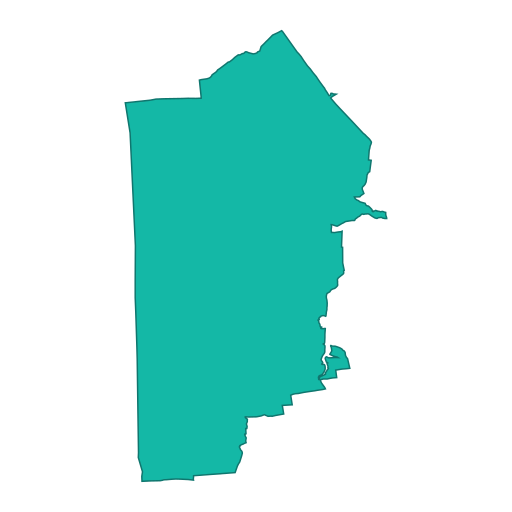 the district of Dragoesti, Vâlcea, Romania
{"feature_id": "2599482B56632768650185", "entity_name": "Dragoesti", "entity_type": "district", "adm_level": 2, "iso_a3": "ROU", "parent_name": "Romania", "parent_adm1": "Vâlcea", "projection": "natural_earth1", "projection_center": [24.313, 44.81], "detail": "fine", "context": "isolated", "style": "filled", "palette": "teal", "viewbox_px": 512, "rotation_deg": 0, "n_neighbors": 0, "source": "geoboundaries", "source_scale": "gbopen_adm2", "svg_char_len": 6017}
<svg xmlns="http://www.w3.org/2000/svg" viewBox="0 0 512 512"><path d="M324.4,345.0L323.2,344.0L323.3,343.8L324.1,343.7L324.3,343.6L324.6,342.7L324.7,342.0L324.9,337.5L324.9,334.2L325.3,328.5L325.1,328.4L323.2,328.7L321.4,328.6L321.0,328.6L320.8,328.4L320.7,327.7L320.8,327.4L322.3,327.2L320.8,326.9L320.3,326.6L320.2,326.4L319.8,324.2L318.9,322.7L318.8,321.7L318.6,320.8L318.0,320.1L318.2,319.9L318.9,319.8L319.2,319.6L319.2,319.1L318.8,318.5L318.8,318.3L320.0,317.0L320.6,316.8L320.8,316.4L321.1,316.0L322.9,315.6L323.4,315.6L324.3,315.7L325.6,316.3L325.8,316.2L326.1,315.0L326.1,314.1L326.3,313.3L326.3,312.2L326.9,309.7L326.9,307.6L327.1,306.2L327.2,303.1L327.1,302.1L326.9,300.1L326.4,298.1L326.3,296.7L326.4,295.5L326.9,293.6L327.1,293.4L329.8,291.8L330.0,291.5L330.6,290.5L331.3,289.8L332.7,289.0L334.1,288.6L334.7,288.4L335.4,287.9L336.3,287.1L337.5,285.7L337.7,285.0L337.5,283.0L337.6,281.8L337.4,280.0L337.6,278.9L338.0,278.3L338.9,277.4L343.4,273.8L343.6,273.4L343.7,272.9L343.6,270.9L343.6,270.7L343.9,270.4L344.2,270.3L342.7,262.9L342.6,247.3L341.5,247.1L342.1,231.2L340.9,231.7L338.0,232.0L335.0,232.5L334.4,232.6L332.3,232.4L331.5,232.5L331.2,230.7L331.2,229.0L331.5,227.3L331.5,226.0L331.2,224.6L332.2,224.7L335.8,225.9L336.7,226.1L337.4,226.1L339.1,225.2L342.1,223.4L343.3,222.9L344.9,221.9L345.8,221.5L352.1,220.5L354.4,220.5L354.8,220.2L355.3,219.1L355.5,218.8L356.4,218.3L357.8,217.1L359.7,216.1L361.1,214.7L362.2,214.0L362.6,214.0L363.3,214.3L363.9,214.3L365.1,214.0L366.0,214.0L367.6,213.8L368.5,213.9L369.5,214.4L371.7,216.0L374.8,217.9L376.6,218.4L377.1,218.4L378.6,217.6L379.8,217.6L380.9,217.4L381.6,217.4L382.4,218.0L383.8,218.3L384.8,218.5L386.7,218.5L386.6,217.5L385.8,215.2L385.7,213.4L385.7,212.4L384.4,212.1L383.2,211.6L382.3,211.4L380.4,211.8L379.7,211.5L379.1,211.3L378.4,211.3L377.7,211.0L377.2,211.3L377.0,211.2L376.9,210.9L376.7,210.8L375.7,210.4L373.9,211.3L373.6,211.6L373.4,211.6L373.4,211.2L373.2,211.0L372.4,211.4L372.2,211.1L372.1,210.1L371.9,209.5L370.1,207.6L368.5,206.1L367.1,205.8L366.4,205.5L365.7,204.6L365.1,203.3L360.1,201.9L358.4,200.6L356.7,199.9L355.1,198.6L354.4,197.0L359.8,196.8L361.0,195.5L363.9,193.5L363.3,191.9L362.3,189.4L362.2,187.8L362.8,186.7L364.1,185.5L365.1,184.2L366.1,182.0L366.8,177.5L367.0,175.1L368.3,172.5L369.7,171.7L371.2,160.3L368.5,159.9L369.2,150.3L369.8,148.1L370.1,146.3L370.3,145.6L371.0,144.0L371.4,142.4L371.4,142.1L370.8,141.0L369.5,139.2L368.9,138.6L366.4,136.2L365.1,134.8L363.0,133.1L352.3,121.6L339.6,108.2L335.8,104.1L330.6,98.0L330.7,97.8L332.5,96.4L336.2,94.2L334.6,94.0L333.9,94.2L333.3,94.0L333.2,93.8L332.3,93.4L331.3,93.3L331.0,93.3L330.8,93.6L330.7,94.4L330.4,95.2L329.8,95.5L329.0,95.6L326.8,92.0L325.2,89.7L324.5,88.1L324.0,87.6L320.1,82.3L317.5,78.5L316.3,76.6L313.0,72.7L310.3,69.0L307.4,65.8L303.3,60.0L301.2,56.7L298.9,53.9L297.0,51.9L282.3,31.2L281.9,31.1L281.6,30.7L277.8,32.7L272.6,35.1L267.6,40.2L266.1,41.6L264.2,43.6L261.6,46.1L261.1,46.7L259.8,51.0L257.5,52.0L257.2,52.7L255.4,53.5L253.2,53.9L248.6,52.7L247.1,52.0L246.3,51.8L245.6,51.8L244.9,52.2L244.2,53.0L243.4,53.5L242.2,53.6L241.6,54.0L240.0,54.9L238.2,54.9L234.9,57.3L232.1,59.9L229.3,62.0L228.3,62.0L225.3,64.4L220.1,68.3L217.6,70.0L216.8,71.2L215.8,72.2L212.1,74.8L211.6,75.9L210.6,77.1L209.4,78.0L206.9,78.8L201.4,79.6L199.4,80.1L201.1,96.5L201.2,98.2L195.9,98.4L187.9,98.3L182.1,98.5L163.9,98.8L156.0,99.1L150.2,100.2L125.3,102.8L130.1,132.9L135.4,245.7L135.2,280.5L135.2,297.7L135.8,312.8L136.9,347.4L137.2,358.9L138.5,452.8L138.3,457.5L142.5,471.8L141.8,476.4L142.0,481.3L150.4,480.9L160.2,480.7L162.3,480.3L163.8,479.8L166.3,479.7L172.2,479.2L175.8,479.0L179.7,479.1L188.1,479.5L193.5,480.1L193.3,479.0L193.5,477.6L193.6,475.7L235.1,472.6L237.7,465.2L237.9,465.1L238.4,464.0L239.7,462.0L241.6,456.0L242.3,453.3L242.2,452.3L241.9,451.4L241.7,451.1L240.6,449.9L240.3,449.1L239.6,447.6L239.4,447.1L239.4,446.7L239.7,446.1L239.7,445.8L239.8,445.6L240.0,445.6L240.2,445.8L240.4,445.8L240.8,445.0L241.1,444.8L243.1,444.1L244.3,443.4L246.1,442.7L245.8,441.5L245.7,440.8L246.2,437.9L245.4,436.4L244.9,435.1L244.7,434.2L245.0,434.0L245.7,434.1L246.0,433.7L245.7,428.5L246.0,428.4L246.7,428.6L246.9,428.3L247.1,426.4L246.5,424.3L246.5,423.7L246.6,423.3L247.3,421.7L247.3,420.2L247.4,419.3L247.3,419.1L246.5,418.6L245.5,417.8L245.2,417.2L245.2,416.9L245.7,416.8L248.2,417.0L256.6,416.8L261.2,415.9L264.3,414.7L267.4,416.0L268.0,416.3L271.3,416.1L272.0,416.3L275.4,415.5L283.7,414.0L282.3,405.4L292.2,404.8L290.7,395.2L293.1,394.2L295.4,393.7L298.2,393.5L304.2,392.3L311.6,391.2L314.6,390.8L317.3,390.3L322.7,389.5L325.4,388.9L324.8,387.6L321.5,383.0L320.1,379.9L323.3,379.0L327.1,379.0L330.3,378.3L332.8,377.9L336.7,377.6L335.7,370.1L341.8,369.1L346.6,368.7L349.8,368.3L347.6,358.8L347.5,358.6L347.2,358.1L346.4,357.5L346.1,356.6L345.5,355.5L345.1,352.4L344.9,352.0L343.9,350.7L342.9,350.3L342.0,349.1L340.4,348.1L339.3,347.6L336.5,346.6L335.2,346.2L332.6,346.1L332.0,346.0L331.0,345.5L330.8,345.5L330.7,345.7L330.7,346.1L331.3,347.4L331.8,350.6L331.3,351.9L329.9,354.1L329.9,354.4L333.4,356.1L335.6,356.7L336.9,356.9L338.0,357.6L335.4,357.5L331.0,357.8L328.4,357.8L327.8,357.5L326.8,356.9L326.5,356.8L326.2,356.9L325.7,357.3L325.3,357.9L325.2,358.7L325.5,359.5L325.7,360.1L326.4,362.1L326.8,362.4L327.5,362.5L327.8,362.8L327.8,363.0L327.6,363.0L327.1,363.1L327.0,363.5L328.0,366.2L327.9,367.8L328.0,368.0L328.4,368.3L328.1,368.8L327.7,369.4L327.3,369.8L326.9,370.7L325.3,373.0L325.3,373.3L325.6,374.0L325.2,374.4L324.6,374.5L324.1,375.0L320.0,376.8L319.7,377.1L319.2,379.3L318.7,379.4L318.4,377.2L318.5,376.9L319.2,375.8L319.3,375.7L321.2,375.0L321.9,374.6L322.4,374.1L323.5,372.7L324.5,370.8L325.0,369.7L325.1,369.1L325.2,368.1L325.1,366.6L325.0,365.9L324.6,364.9L324.1,364.5L322.1,364.4L321.7,364.0L321.8,363.8L322.5,363.4L322.7,363.1L322.8,362.8L322.2,361.5L321.5,360.7L321.3,360.2L321.1,359.4L321.8,357.4L322.5,355.8L324.4,353.1L324.8,352.0L324.8,349.6L325.0,346.9L324.9,345.8L324.4,345.0Z" fill="#14b8a6" stroke="#0f766e" stroke-width="1.5"/></svg>